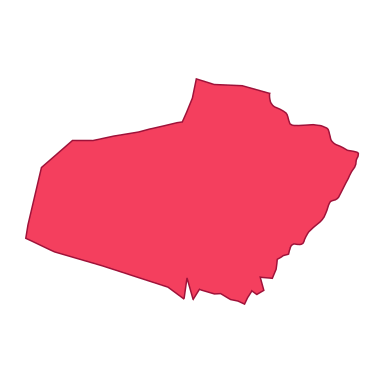 Yabroud, Rif Dimashq, Syria (orthographic projection), rotated 179°
{"feature_id": "27442178B56496530106269", "entity_name": "Yabroud", "entity_type": "district", "adm_level": 2, "iso_a3": "SYR", "parent_name": "Syria", "parent_adm1": "Rif Dimashq", "projection": "orthographic", "projection_center": [36.379, 33.94], "detail": "fine", "context": "isolated", "style": "filled", "palette": "rose", "viewbox_px": 384, "rotation_deg": 179, "n_neighbors": 0, "source": "geoboundaries", "source_scale": "gbopen_adm2", "svg_char_len": 3043}
<svg xmlns="http://www.w3.org/2000/svg" viewBox="0 0 384 384"><g transform="rotate(179 192 192)"><path d="M342.1,219.1L356.6,161.9L359.0,148.6L353.2,145.8L334.8,136.6L330.4,134.5L283.1,119.8L217.7,97.3L202.2,85.4L201.7,86.0L200.4,94.3L198.5,106.2L192.8,84.7L192.7,84.6L192.6,84.8L189.3,89.9L186.5,94.2L186.4,94.4L186.2,94.6L186.0,94.4L185.0,94.1L184.4,93.8L171.4,89.7L165.1,89.9L157.3,85.0L155.3,83.8L153.4,83.4L148.1,82.2L141.4,79.0L138.3,85.3L134.4,91.2L133.8,91.9L133.8,92.0L131.5,90.3L130.6,89.6L129.4,88.7L129.0,88.4L128.9,88.4L128.7,88.6L121.9,92.4L122.1,93.2L124.9,104.1L125.3,105.7L122.8,105.3L115.6,104.6L113.2,104.3L113.1,104.5L112.2,106.6L109.2,113.4L109.2,113.5L108.4,118.9L108.2,120.7L108.0,122.7L107.9,123.2L107.6,123.4L107.2,123.6L106.8,123.8L104.2,125.2L103.0,126.0L101.9,126.8L101.1,127.0L100.4,127.2L97.5,127.9L96.8,128.1L96.5,128.3L96.5,128.6L96.4,128.8L95.9,130.6L95.9,130.9L95.4,132.5L94.9,133.6L94.9,133.8L94.9,134.3L94.5,135.1L94.2,135.6L93.9,136.3L93.8,136.5L93.2,137.1L92.9,137.3L91.2,138.3L90.0,138.2L87.9,137.8L86.8,137.7L86.5,137.7L85.1,137.6L84.4,137.7L83.5,137.9L82.2,138.6L81.7,139.1L80.7,141.1L80.4,142.4L80.0,143.1L78.9,145.4L78.8,145.6L78.0,146.9L77.6,147.6L77.5,147.9L75.8,150.3L74.9,151.1L72.4,153.4L72.0,153.8L70.1,155.4L64.3,160.0L62.5,161.9L62.1,162.3L61.6,163.1L60.3,164.8L59.8,166.0L59.6,166.4L59.4,166.8L58.8,168.1L57.9,170.2L57.4,171.4L56.2,175.0L55.7,176.5L55.3,177.3L54.9,178.2L54.8,178.4L54.0,179.7L53.3,180.3L51.8,180.9L50.3,181.3L49.6,181.5L48.7,181.7L48.0,182.2L47.8,182.3L47.2,182.6L46.7,183.0L45.6,184.1L45.1,184.9L45.1,185.0L43.0,188.9L38.0,198.4L35.4,203.0L34.1,205.9L32.2,209.4L31.4,210.6L28.9,214.0L28.6,214.8L28.1,216.0L27.8,216.7L27.8,216.9L27.7,217.1L27.6,217.9L27.5,219.1L27.3,220.1L27.3,220.3L27.3,220.5L27.2,221.0L27.1,221.3L26.9,221.6L26.8,221.9L26.8,222.2L25.8,223.9L25.6,224.3L25.3,225.1L25.0,227.4L25.0,227.8L25.5,228.2L25.7,228.5L25.8,228.6L26.7,229.0L29.6,229.8L31.6,230.2L33.9,230.6L35.9,231.0L40.1,233.6L43.2,235.2L47.5,237.0L48.5,237.7L49.5,238.4L51.3,240.3L52.2,241.9L52.7,243.9L52.9,245.1L53.6,247.9L53.7,248.5L53.8,249.0L54.2,250.5L54.8,252.2L55.4,252.9L56.2,253.6L59.3,255.0L60.2,255.4L61.0,255.7L61.4,255.9L62.7,256.2L63.3,256.3L64.3,256.4L67.7,256.9L69.4,257.2L69.9,257.2L72.4,257.1L74.3,257.0L76.4,256.9L84.6,256.6L86.5,256.7L87.3,256.7L88.7,256.7L88.9,256.8L89.9,256.9L91.1,257.3L92.9,258.5L93.3,259.7L93.9,261.6L94.0,261.8L94.1,262.1L94.1,262.3L94.9,265.6L95.3,266.8L95.5,267.4L95.6,267.8L96.4,268.9L96.6,269.3L96.9,269.6L97.8,270.2L99.1,271.2L102.5,273.2L106.2,274.9L107.0,275.2L107.2,275.3L108.1,275.8L108.7,276.2L109.3,276.8L109.7,277.0L110.8,278.6L111.2,279.2L111.6,279.8L112.0,280.8L112.5,283.1L112.7,284.6L112.8,285.9L112.8,287.6L112.8,289.2L112.7,289.3L114.6,289.8L140.0,297.4L168.0,299.1L185.7,305.0L190.0,285.8L190.6,284.4L196.0,271.8L199.4,264.5L200.5,262.2L205.5,261.6L218.2,258.8L231.0,256.1L233.2,255.7L238.8,254.3L244.4,252.9L269.1,249.3L290.0,245.2L310.6,245.6L330.3,229.0L342.1,219.1Z" fill="#f43f5e" stroke="#9f1239" stroke-width="1.5"/></g></svg>